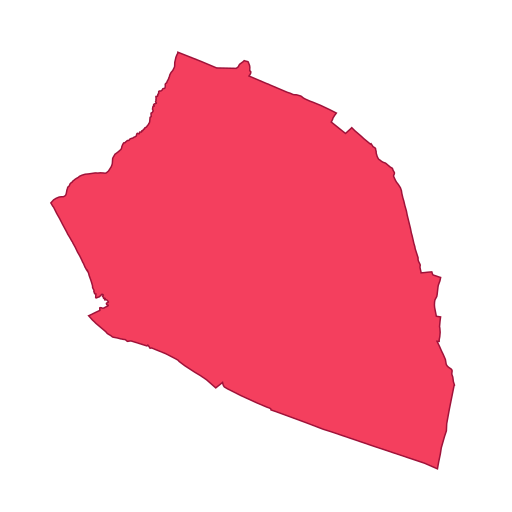 Gavanesti, Olt, Romania, rotated 275°
{"feature_id": "2599482B13192402804767", "entity_name": "Gavanesti", "entity_type": "district", "adm_level": 2, "iso_a3": "ROU", "parent_name": "Romania", "parent_adm1": "Olt", "projection": "orthographic", "projection_center": [24.014, 44.415], "detail": "fine", "context": "isolated", "style": "filled", "palette": "rose", "viewbox_px": 512, "rotation_deg": 275, "n_neighbors": 0, "source": "geoboundaries", "source_scale": "gbopen_adm2", "svg_char_len": 6078}
<svg xmlns="http://www.w3.org/2000/svg" viewBox="0 0 512 512"><g transform="rotate(275 256 256)"><path d="M144.6,465.0L148.0,463.6L152.5,462.6L155.2,461.4L156.1,461.3L158.6,461.4L159.5,461.1L160.4,460.3L161.9,457.6L162.8,456.4L163.9,455.4L165.1,454.8L169.4,453.7L174.2,451.1L177.7,449.0L181.9,446.7L186.8,443.8L186.9,445.9L188.7,445.8L191.5,446.1L193.6,446.1L196.0,446.1L200.3,445.4L201.5,445.0L207.2,445.0L211.4,445.2L211.7,440.9L220.4,438.4L222.9,438.0L225.8,437.9L227.9,438.1L231.4,439.6L233.3,439.8L241.1,440.0L242.9,440.2L247.3,441.4L250.7,441.8L251.1,439.9L251.8,437.2L252.3,435.0L252.6,434.0L253.2,433.5L255.5,432.5L254.9,428.9L254.1,424.9L253.6,421.9L254.3,421.8L258.7,420.4L259.9,420.3L261.2,420.4L262.0,420.1L264.8,418.4L266.3,417.8L268.4,417.6L277.2,413.9L279.2,413.4L282.2,412.2L289.7,409.8L292.6,408.7L296.8,407.5L310.1,403.0L314.0,401.9L319.2,399.9L323.5,398.5L326.5,397.3L331.1,395.8L333.7,395.2L336.6,393.9L339.7,391.5L341.7,389.6L343.4,388.4L347.2,386.2L347.8,386.1L348.7,386.2L349.7,386.6L350.8,386.7L351.6,386.3L353.3,385.1L355.1,384.3L355.5,383.8L356.0,382.6L356.6,381.5L359.4,377.6L359.9,376.7L360.2,375.4L360.6,374.1L361.3,372.7L362.2,371.4L362.8,370.2L363.5,369.4L365.8,368.0L368.9,366.8L371.0,366.5L371.7,366.1L373.5,365.7L374.1,365.1L375.2,362.9L376.0,362.4L377.9,360.8L377.4,360.3L378.9,358.1L382.2,353.3L384.4,350.5L387.5,346.2L389.2,343.8L392.2,340.2L391.1,339.3L385.9,334.5L387.5,332.0L391.8,325.6L396.0,319.3L398.8,320.4L400.0,320.6L401.2,321.2L402.8,322.0L405.4,323.6L408.1,316.9L411.7,307.2L414.2,299.2L415.0,296.2L416.5,291.8L417.2,290.1L417.8,289.0L419.0,287.3L419.4,286.1L420.1,282.4L420.0,279.8L420.1,278.8L421.1,276.0L421.8,272.9L427.7,254.8L428.3,253.3L428.7,251.6L434.7,233.3L436.6,234.4L437.8,234.8L439.0,234.8L439.7,234.2L440.0,233.6L443.5,233.4L445.2,233.0L448.7,231.3L449.0,230.6L449.3,228.4L449.6,227.2L448.6,226.4L445.7,223.1L444.5,222.4L443.2,222.0L442.3,221.2L441.2,219.9L439.9,200.4L445.2,183.9L452.2,160.4L451.1,160.4L449.6,159.7L447.0,158.9L441.8,158.2L438.0,158.4L437.1,158.3L433.5,156.9L431.7,155.6L430.8,155.1L429.5,154.6L428.7,154.3L427.1,154.1L425.8,153.6L424.7,153.4L422.3,152.3L420.7,151.9L420.0,151.0L419.7,150.8L419.0,150.6L417.7,150.8L416.2,150.8L415.7,150.7L415.0,150.3L414.8,149.7L414.8,149.1L414.5,148.6L413.1,148.0L412.4,147.2L412.1,146.8L412.0,146.4L412.0,145.5L411.8,145.1L411.4,144.8L410.9,144.7L409.7,144.9L409.3,144.8L409.1,144.7L408.7,144.2L408.4,144.1L407.2,144.1L406.5,143.9L406.3,143.5L406.4,142.8L406.3,142.5L406.1,142.4L405.8,142.4L404.4,142.8L403.4,142.6L402.7,142.9L402.3,142.9L401.4,142.5L401.0,142.5L400.6,142.7L400.3,143.0L399.9,143.3L399.6,143.4L399.4,143.3L399.0,142.4L398.9,142.2L398.7,141.6L398.5,141.3L397.7,140.8L397.4,140.8L396.8,141.5L396.6,141.6L396.4,141.5L396.2,140.6L395.8,140.3L393.5,140.1L392.9,140.2L392.0,140.8L391.5,140.8L391.0,140.7L390.1,140.2L389.7,139.9L389.6,139.6L389.3,139.1L389.0,139.0L387.2,139.2L386.0,139.5L385.7,139.3L385.4,139.1L385.2,138.7L384.9,138.4L384.5,138.4L380.9,138.4L379.4,138.2L378.5,137.6L377.8,137.5L377.4,137.2L376.3,136.4L375.0,135.7L374.7,135.3L374.0,134.1L372.8,133.8L372.5,133.0L372.1,132.7L371.2,132.4L370.9,132.2L370.8,131.4L370.7,131.3L369.9,131.2L369.6,131.1L369.4,130.4L369.4,129.8L369.3,129.3L369.1,129.2L368.2,129.2L367.7,129.1L367.6,128.8L367.6,128.2L367.9,127.2L367.7,126.9L367.4,126.7L366.8,126.5L365.6,126.4L365.1,126.2L364.2,125.2L363.8,124.2L363.0,123.3L362.6,122.7L362.3,121.6L361.5,120.2L360.1,119.3L360.0,119.0L359.9,117.9L359.6,117.5L358.9,117.0L358.3,116.2L357.5,115.7L357.3,115.4L357.3,114.6L357.1,114.3L355.5,113.5L353.2,112.8L351.7,112.7L350.3,112.1L347.8,109.7L345.7,107.4L345.2,106.7L342.2,105.3L341.3,104.9L340.5,104.7L336.0,104.8L334.8,104.7L332.6,104.1L331.7,103.7L327.7,101.6L326.0,99.9L325.7,99.5L325.4,98.9L325.4,98.5L325.3,97.8L325.4,96.7L325.3,93.7L325.2,93.2L324.8,91.1L324.8,89.2L324.7,88.4L323.2,82.1L322.6,78.8L322.2,77.7L321.3,75.5L320.0,73.2L318.8,72.1L317.7,70.4L316.4,68.8L315.8,68.3L314.9,67.2L313.7,66.5L312.8,65.4L311.5,64.4L310.6,64.2L309.8,63.9L309.1,63.5L308.3,62.6L307.7,62.4L306.3,62.2L305.4,61.9L302.2,61.6L300.6,61.3L299.9,61.0L298.9,60.1L298.3,59.0L298.2,58.4L298.1,57.1L297.6,54.8L296.1,51.9L294.3,49.5L291.0,47.0L287.9,49.2L287.0,50.1L281.1,53.7L276.2,57.1L270.6,60.6L262.7,65.8L261.7,66.3L258.2,68.9L254.8,71.2L254.3,71.7L253.9,72.0L253.2,72.3L248.9,75.2L244.3,77.9L240.6,80.5L236.6,82.9L234.9,83.8L233.5,84.8L229.9,86.7L229.3,87.2L227.7,88.2L226.2,89.4L226.5,89.5L224.3,90.7L222.0,91.5L217.7,93.5L214.8,94.7L211.9,95.8L210.6,95.9L209.5,96.4L207.7,97.6L206.2,97.6L205.8,98.1L204.6,98.4L204.3,98.7L204.2,99.8L200.6,99.9L200.4,100.1L200.3,100.5L200.5,101.0L201.2,102.3L201.5,103.1L201.7,103.5L204.4,105.8L204.4,106.4L204.3,106.7L203.9,107.2L203.7,107.3L202.6,106.6L202.1,106.9L202.0,107.2L201.5,107.8L200.7,107.8L200.4,108.2L200.7,109.1L200.6,109.4L200.4,109.5L199.8,109.4L199.5,109.1L199.1,109.2L199.0,109.4L199.1,109.6L199.3,109.9L199.5,110.3L199.4,110.9L199.2,111.2L198.8,111.6L197.6,112.9L197.3,112.9L197.0,112.8L196.7,112.5L196.4,111.8L196.0,111.2L195.8,111.1L195.2,111.2L194.5,111.6L194.4,111.9L194.2,113.0L193.8,113.1L193.1,112.6L192.1,110.7L191.1,109.3L190.7,108.4L190.6,107.5L190.9,106.8L191.0,106.1L191.0,105.5L190.9,105.0L190.4,104.9L188.2,105.2L185.9,101.2L182.2,95.1L181.9,94.5L178.0,98.6L176.4,100.7L175.0,102.3L168.1,112.1L166.9,113.6L166.0,114.4L165.3,115.6L164.1,118.2L162.9,120.0L162.7,120.6L162.4,123.6L162.3,124.8L161.6,128.7L161.6,129.7L161.4,130.6L161.3,133.1L159.8,135.2L159.8,135.8L160.2,137.2L160.5,138.9L156.9,155.2L157.8,156.0L156.5,157.3L155.0,158.4L155.1,159.3L155.3,160.0L150.8,174.6L146.8,184.4L145.5,187.3L144.2,188.7L140.5,194.6L134.8,205.3L132.1,210.9L128.4,217.5L121.1,227.4L127.1,233.7L125.5,234.2L124.0,234.9L122.8,235.9L121.1,239.4L115.6,253.2L109.7,269.8L106.3,280.3L105.8,282.4L105.3,283.7L104.9,284.1L104.0,284.3L103.0,288.3L94.4,320.1L89.3,337.9L87.5,346.1L77.1,388.5L64.3,441.8L59.8,455.3L66.4,455.9L75.0,456.9L81.1,457.3L92.5,459.5L98.4,460.9L105.6,460.6L120.6,462.0L144.1,464.6L144.6,465.0Z" fill="#f43f5e" stroke="#9f1239" stroke-width="1.5"/></g></svg>